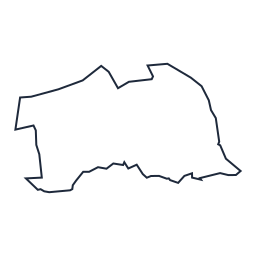 Pembroke Lea-5, Dublin, Ireland
{"feature_id": "5873133B13038954384182", "entity_name": "Pembroke Lea-5", "entity_type": "district", "adm_level": 2, "iso_a3": "IRL", "parent_name": "Ireland", "parent_adm1": "Dublin", "projection": "equal_earth", "projection_center": [-6.232, 53.323], "detail": "fine", "context": "isolated", "style": "outline", "palette": "slate", "viewbox_px": 256, "rotation_deg": 0, "n_neighbors": 0, "source": "geoboundaries", "source_scale": "gbopen_adm2", "svg_char_len": 846}
<svg xmlns="http://www.w3.org/2000/svg" viewBox="0 0 256 256"><path d="M76.1,180.6L83.2,171.8L89.1,171.8L98.0,167.2L106.5,168.7L113.3,163.5L123.1,165.0L124.3,162.2L128.3,168.5L136.7,164.7L142.8,174.1L146.8,177.7L151.0,176.0L159.0,175.9L166.8,178.7L168.8,178.4L170.1,180.1L178.1,182.9L184.4,175.9L192.0,173.3L192.1,177.6L201.0,179.7L199.9,178.1L220.1,173.1L228.4,175.1L235.9,175.0L240.6,171.0L225.9,158.7L220.2,145.3L218.2,144.3L219.2,141.7L215.8,118.1L211.0,110.1L208.8,100.3L201.6,86.2L190.9,77.7L167.4,63.8L147.6,65.5L153.0,76.4L151.7,79.2L128.9,81.8L118.0,88.2L108.7,71.8L101.2,65.9L82.7,80.4L58.4,89.3L31.2,96.7L20.1,97.5L15.4,129.6L33.5,125.5L35.8,130.4L36.3,144.9L39.3,154.3L41.8,177.6L25.9,178.4L37.8,189.8L40.6,189.2L44.2,191.3L49.2,192.2L70.1,190.3L72.3,189.1L72.8,185.2L76.1,180.6Z" fill="none" stroke="#1e293b" stroke-width="2"/></svg>